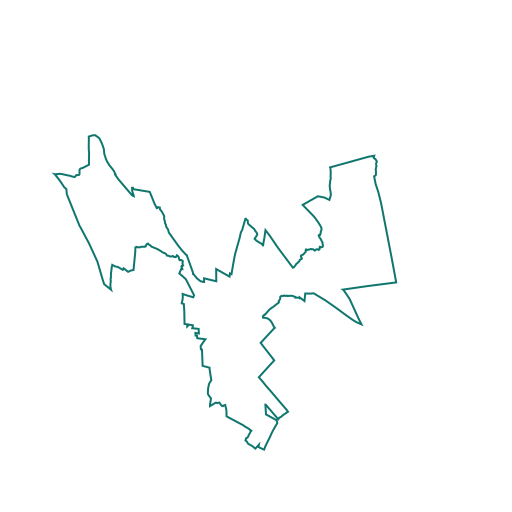 Apizaco, Tlaxcala, Mexico, rotated 335°
{"feature_id": "50627088B30859164427191", "entity_name": "Apizaco", "entity_type": "district", "adm_level": 2, "iso_a3": "MEX", "parent_name": "Mexico", "parent_adm1": "Tlaxcala", "projection": "equal_earth", "projection_center": [-98.132, 19.426], "detail": "fine", "context": "isolated", "style": "outline", "palette": "teal", "viewbox_px": 512, "rotation_deg": 335, "n_neighbors": 0, "source": "geoboundaries", "source_scale": "gbopen_adm2", "svg_char_len": 6122}
<svg xmlns="http://www.w3.org/2000/svg" viewBox="0 0 512 512"><g transform="rotate(335 256 256)"><path d="M405.5,215.1L400.0,213.6L360.6,207.0L360.4,208.3L359.1,211.8L357.3,215.2L356.6,217.2L354.8,219.5L354.4,220.4L352.5,223.4L351.3,226.8L350.7,229.3L349.7,232.3L346.2,236.2L342.7,231.9L337.3,228.0L319.9,229.4L325.0,244.1L325.6,246.4L326.6,251.6L327.1,255.7L327.2,258.0L326.5,259.9L324.9,261.4L324.6,262.2L323.7,263.1L323.4,263.7L323.0,264.0L322.3,263.6L321.9,263.6L321.5,263.9L321.4,265.9L321.8,268.0L321.9,271.3L322.0,271.9L321.7,272.4L321.3,273.7L321.2,274.6L320.6,275.6L319.9,275.9L319.2,275.8L318.7,275.6L318.1,274.8L317.8,274.6L317.4,274.9L317.1,275.7L316.3,276.8L315.4,277.0L314.8,276.0L313.9,275.6L313.2,275.5L312.0,276.0L311.5,275.9L310.8,274.2L310.5,273.9L309.5,273.6L308.7,272.8L307.4,272.7L306.2,272.4L305.3,272.4L304.7,271.6L304.2,271.2L303.9,271.2L303.5,271.6L303.3,272.5L302.8,273.2L299.4,274.6L297.5,274.6L296.9,274.7L296.5,275.2L296.6,277.0L296.5,277.6L296.0,278.0L294.4,277.9L293.9,278.1L293.6,278.6L292.5,279.3L291.8,279.4L290.7,279.9L289.4,280.1L288.5,280.7L285.6,282.2L284.5,282.2L279.4,257.9L276.9,242.7L275.5,236.6L271.0,243.5L268.1,247.5L266.5,250.0L266.6,249.3L266.7,248.4L266.5,247.7L263.4,243.2L262.5,241.4L262.0,239.8L266.1,237.3L266.5,236.1L266.4,234.9L265.9,232.8L265.8,230.9L263.8,226.7L262.6,223.8L262.5,223.0L263.5,220.3L263.1,219.8L262.5,217.9L262.1,217.8L254.7,226.3L252.0,228.5L249.4,232.0L238.2,245.0L235.0,249.3L228.5,258.6L226.1,262.1L225.0,260.8L223.3,263.5L214.4,251.0L209.3,262.1L199.5,254.3L198.0,257.6L197.0,257.0L195.0,255.3L193.0,251.3L191.6,245.6L191.4,245.5L191.8,244.9L193.6,225.9L193.3,225.7L191.4,220.1L189.9,213.8L186.9,197.9L187.5,194.9L187.0,191.8L187.1,191.2L187.5,189.9L187.5,187.5L187.8,186.9L188.1,185.9L188.2,184.6L188.4,183.6L189.7,180.9L189.5,178.2L189.5,176.9L189.3,175.4L188.7,173.3L189.3,171.4L187.2,170.0L187.0,170.5L186.8,170.8L186.3,170.7L186.2,166.7L186.1,166.3L186.8,153.0L173.1,143.6L172.9,143.4L173.3,142.2L172.5,141.8L171.2,145.0L170.8,148.8L170.5,150.1L169.6,149.1L169.2,148.2L163.7,128.4L162.7,122.7L163.2,122.6L163.1,118.9L162.7,116.6L161.5,111.9L160.9,107.1L161.0,104.8L161.6,99.6L163.3,94.8L163.9,89.0L163.8,83.2L162.8,81.1L162.1,80.1L161.5,78.7L159.0,77.6L154.9,77.1L153.6,80.1L150.9,85.6L149.2,89.4L148.7,91.1L146.2,96.4L144.9,98.8L143.4,102.5L143.1,102.7L138.0,102.9L135.7,102.9L134.2,102.6L133.6,102.7L132.8,103.0L132.4,103.5L130.8,106.8L130.6,107.3L130.1,107.6L129.6,107.7L129.1,107.6L127.6,106.8L127.1,106.8L126.2,107.4L125.0,107.8L122.3,105.7L121.9,105.2L114.0,99.2L112.9,98.6L108.5,97.1L108.1,96.8L108.4,97.6L109.7,103.1L110.5,107.3L111.3,112.8L112.2,114.6L112.4,115.3L110.8,119.6L110.6,120.8L108.8,154.6L109.0,155.3L110.0,173.8L109.9,194.0L107.1,212.2L106.5,217.4L110.4,225.3L110.6,223.9L110.8,223.4L111.7,220.8L113.0,218.6L113.4,218.2L114.6,215.2L115.0,214.6L115.4,214.3L116.1,212.7L117.6,209.8L118.3,208.9L119.3,207.1L119.8,206.5L120.0,205.9L122.0,203.3L123.9,205.9L126.1,207.5L129.4,212.2L130.8,211.2L133.4,216.3L136.5,216.3L139.1,216.9L148.0,201.8L150.4,197.2L151.7,197.3L152.2,197.7L152.6,198.3L155.0,199.2L155.7,199.1L156.4,199.3L156.7,199.5L158.8,200.5L159.7,200.7L160.1,200.7L160.2,200.2L162.1,199.1L162.7,198.9L163.3,199.1L163.7,200.2L164.8,202.0L165.3,203.4L169.5,208.0L171.7,211.1L172.5,212.6L173.4,213.9L174.4,214.6L175.4,216.5L175.5,218.0L177.1,219.0L177.4,219.7L179.0,220.7L180.5,220.8L180.8,221.0L181.1,222.0L182.0,222.7L182.9,223.1L184.6,221.9L185.3,223.2L185.5,224.2L185.0,226.4L185.1,227.5L185.4,227.7L186.0,227.7L187.2,228.9L187.5,229.6L187.3,230.1L186.2,231.7L186.1,232.5L185.7,233.2L185.9,233.7L185.1,234.0L184.4,233.7L184.0,233.9L183.9,235.2L183.9,236.1L183.7,236.8L182.7,236.2L179.1,239.4L180.8,243.0L182.6,247.4L183.3,265.4L181.7,266.9L176.8,262.6L173.5,259.4L172.9,260.9L171.9,263.0L170.9,264.6L168.7,267.5L170.3,269.0L167.6,275.9L162.5,287.4L164.9,288.9L163.9,290.8L164.9,290.5L166.1,289.8L169.5,292.1L168.6,293.6L167.7,294.5L173.2,297.8L171.5,302.1L168.6,300.1L167.6,302.6L168.9,303.3L168.0,305.7L175.0,310.1L173.0,311.1L167.8,314.2L166.6,317.3L167.5,318.0L161.2,333.0L166.7,337.6L166.0,339.3L163.0,349.7L161.1,350.8L159.4,352.1L158.9,352.7L156.5,356.0L154.4,359.9L154.1,361.2L154.8,365.2L155.0,365.8L155.0,366.1L151.5,371.3L150.9,372.6L157.5,371.9L157.9,372.1L158.7,373.0L159.7,373.0L161.0,373.5L161.0,374.5L161.6,377.2L161.9,377.3L162.3,377.9L162.6,378.1L162.9,377.8L163.6,377.8L165.1,378.0L164.2,382.6L163.2,385.2L161.6,388.7L162.0,389.5L172.9,404.0L173.8,405.7L176.6,409.7L176.8,410.6L177.5,411.4L177.9,412.5L176.7,412.9L175.5,414.1L173.8,415.1L172.8,416.2L172.0,416.7L171.3,417.0L170.1,416.9L169.4,417.7L168.5,418.7L169.0,419.6L169.3,420.6L169.5,422.8L172.3,426.7L173.4,428.9L173.7,429.9L174.0,430.3L178.8,428.3L177.5,430.1L179.7,432.9L181.5,434.9L184.4,432.1L192.6,425.6L194.8,423.6L198.5,420.7L204.6,416.5L205.0,415.3L205.1,413.3L198.1,403.8L201.7,394.7L202.0,394.9L207.2,413.4L208.7,412.4L210.7,412.4L213.2,411.6L219.2,410.7L218.4,407.1L215.8,397.9L212.7,386.5L210.0,377.2L209.1,373.2L207.3,367.1L228.4,358.3L223.5,336.7L242.4,329.0L242.7,329.0L242.3,327.4L242.3,324.9L242.2,323.3L242.0,321.9L241.7,320.4L241.0,318.9L240.3,317.7L238.5,316.1L236.3,314.9L236.4,313.8L236.2,313.8L238.4,312.9L239.3,312.7L239.2,313.0L239.3,313.0L245.4,310.3L248.2,309.6L249.6,309.5L255.0,308.2L256.3,308.1L257.3,307.5L257.3,306.9L257.6,306.5L259.5,305.3L260.1,304.6L260.6,303.4L262.0,302.9L262.6,303.0L263.7,303.8L264.9,303.7L265.4,304.3L266.1,304.7L266.3,304.9L266.8,304.8L267.3,305.0L267.9,305.8L268.9,305.9L269.5,306.4L270.7,306.7L272.2,307.6L274.4,309.8L274.1,310.4L277.0,311.8L277.7,312.8L278.0,312.7L278.2,312.2L280.9,317.3L284.8,310.8L289.4,313.1L292.5,314.2L300.2,325.6L306.7,336.9L312.3,347.2L316.6,354.7L318.9,358.2L322.7,362.5L322.5,355.3L322.7,335.3L322.5,333.3L321.7,328.1L320.9,323.7L320.6,323.2L344.7,330.5L371.9,339.2L377.8,316.4L391.7,260.9L393.9,249.6L394.8,241.6L396.7,233.7L398.5,233.5L399.4,232.4L399.8,231.4L400.4,230.2L401.1,228.1L403.2,225.3L403.4,224.2L404.1,222.7L405.3,221.7L405.5,221.1L405.1,218.4L404.7,218.0L404.1,216.6L405.5,215.1Z" fill="none" stroke="#0f766e" stroke-width="2"/></g></svg>